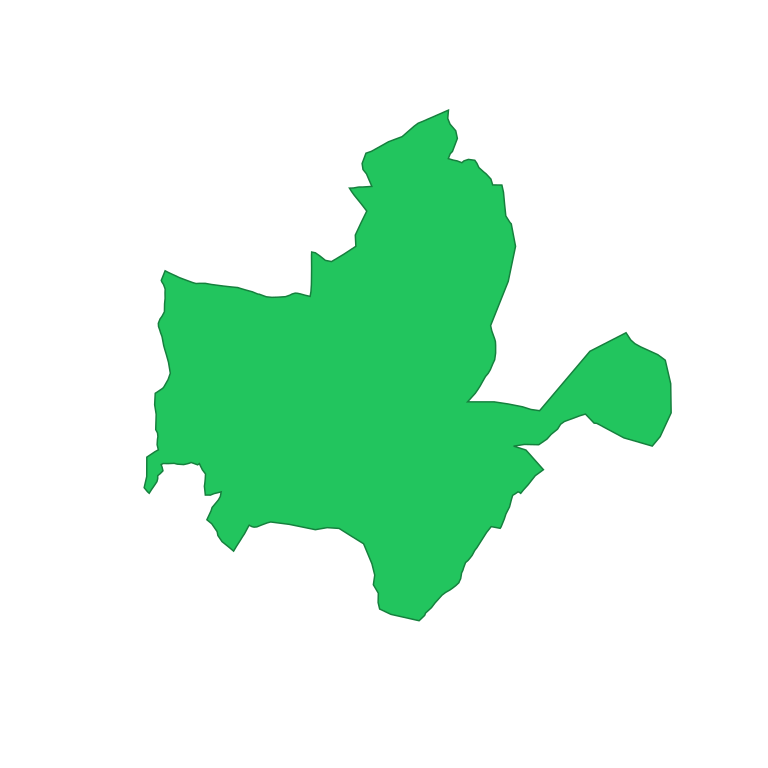 outline of Ahiazu-Mbaise, Imo, Nigeria, rotated 134°
{"feature_id": "59680162B56887411771488", "entity_name": "Ahiazu-Mbaise", "entity_type": "district", "adm_level": 2, "iso_a3": "NGA", "parent_name": "Nigeria", "parent_adm1": "Imo", "projection": "albers", "projection_center": [7.273, 5.552], "detail": "fine", "context": "isolated", "style": "filled", "palette": "green", "viewbox_px": 768, "rotation_deg": 134, "n_neighbors": 0, "source": "geoboundaries", "source_scale": "gbopen_adm2", "svg_char_len": 3687}
<svg xmlns="http://www.w3.org/2000/svg" viewBox="0 0 768 768"><g transform="rotate(134 384 384)"><path d="M168.9,538.9L172.7,540.6L177.6,541.4L193.5,542.8L206.5,549.0L225.4,554.7L230.5,557.3L240.6,552.9L244.3,548.1L245.0,542.6L250.3,530.0L256.7,535.8L260.0,539.1L264.3,542.2L267.1,544.9L268.1,540.9L268.9,536.5L270.3,525.1L271.6,516.5L284.3,512.4L296.8,508.1L304.5,499.9L318.7,503.1L332.4,506.8L335.8,512.1L336.4,518.9L337.3,524.5L339.3,527.7L341.8,525.5L350.9,516.6L358.4,509.5L363.0,505.2L368.2,500.8L372.3,498.0L375.0,502.5L377.2,506.6L378.8,509.2L380.3,511.0L383.2,512.7L385.2,513.3L389.6,515.5L395.1,520.5L399.6,524.9L403.0,529.2L406.1,536.2L406.9,537.1L409.1,542.7L412.5,548.9L415.1,553.9L416.2,556.2L420.2,561.2L425.2,567.7L432.3,577.3L435.7,582.4L439.5,586.4L442.3,589.0L443.9,592.0L444.9,594.3L447.2,599.5L449.6,605.1L453.5,616.4L454.6,620.1L464.2,616.2L464.9,614.6L465.6,611.7L467.7,607.4L470.6,604.8L474.5,600.9L478.8,597.5L484.6,592.1L486.1,591.7L489.6,590.7L492.7,590.3L497.1,588.5L499.3,586.1L501.1,582.5L502.3,580.4L504.1,576.6L505.8,574.2L509.3,569.3L511.2,566.1L514.1,560.9L518.1,554.1L524.7,545.2L530.8,542.4L539.0,540.3L540.9,540.2L549.6,542.1L558.2,534.6L564.1,526.8L575.4,516.5L576.5,513.0L578.9,510.1L581.2,508.5L585.3,505.0L588.1,500.6L591.7,501.7L601.4,503.8L615.4,490.4L625.2,484.5L625.8,479.3L625.7,477.0L622.3,477.7L621.9,477.8L618.2,478.4L615.2,478.9L612.0,479.5L609.3,481.0L607.1,483.1L603.9,482.7L600.0,482.7L598.0,485.8L596.8,488.3L594.7,487.7L590.9,483.7L586.8,479.8L585.3,477.1L581.1,472.1L577.4,469.7L575.6,468.7L574.5,468.3L573.5,466.2L571.6,461.9L569.5,461.5L570.6,458.7L571.9,455.0L572.7,449.9L576.5,446.6L579.9,443.9L582.3,442.2L585.2,438.7L588.0,435.4L584.5,431.7L580.9,430.1L577.6,428.0L574.7,426.2L578.6,423.6L582.4,422.6L586.4,422.3L592.2,421.9L595.4,420.3L604.7,417.1L604.2,410.8L606.1,401.5L608.4,398.2L609.9,391.0L609.2,383.3L608.7,376.1L603.1,377.4L596.1,378.8L592.5,379.6L588.7,380.3L580.2,382.7L579.2,382.9L578.9,381.7L578.3,379.8L577.2,378.0L575.1,376.2L570.4,374.1L565.0,371.5L562.0,369.7L550.8,354.7L536.5,332.2L526.8,325.1L519.1,316.0L516.5,303.5L513.1,287.7L521.7,267.8L527.9,257.9L535.8,252.2L538.4,242.8L545.3,236.4L548.9,230.8L544.9,219.0L529.9,194.3L525.0,194.1L522.2,194.0L519.9,195.0L511.9,194.5L506.2,195.2L500.7,195.4L495.6,195.6L491.1,194.9L486.4,193.5L483.3,192.9L479.2,192.3L474.9,192.1L473.5,192.7L470.8,193.6L467.6,195.8L466.1,196.9L463.4,197.8L460.6,199.2L455.8,201.3L452.5,201.0L449.2,201.2L445.9,201.6L440.7,203.1L437.1,203.5L419.5,207.1L412.1,207.8L407.1,200.2L405.5,200.5L397.5,203.7L392.8,206.0L385.3,208.3L378.2,212.3L374.7,214.1L371.7,213.3L368.5,212.7L367.9,211.3L367.7,209.7L363.3,210.1L356.7,210.3L344.9,211.5L334.9,209.8L332.9,236.0L338.7,247.6L330.0,241.1L320.2,230.5L310.3,228.5L304.2,228.8L295.9,227.8L290.3,229.0L285.7,228.2L270.7,221.0L265.7,218.2L266.2,205.7L264.5,203.6L256.1,174.0L242.3,147.9L230.0,148.8L205.3,157.4L184.6,178.0L171.5,198.2L172.7,207.4L179.0,225.2L180.7,231.5L180.9,237.2L179.0,245.5L217.4,258.6L295.1,253.5L300.3,260.7L304.1,268.4L312.1,280.8L320.3,292.3L338.8,311.5L327.2,311.9L322.4,312.7L318.5,313.5L314.8,314.5L310.5,315.6L308.1,316.2L303.7,316.5L299.7,317.5L293.8,319.8L289.7,321.2L284.2,325.2L278.6,330.6L276.1,333.3L274.7,335.7L270.9,343.4L267.9,347.9L223.9,365.9L193.6,385.0L180.4,403.7L180.3,405.6L178.5,413.1L171.2,421.8L163.1,431.2L159.0,437.4L165.3,444.1L162.3,449.5L161.9,456.5L162.2,459.7L162.4,466.1L160.7,470.5L160.0,474.1L163.8,479.3L168.0,481.5L170.7,481.7L172.7,486.4L174.2,488.7L174.9,489.8L177.2,494.3L172.4,496.3L169.2,496.3L156.4,501.8L152.0,508.3L151.2,517.0L148.7,522.6L142.2,527.9L168.9,538.9Z" fill="#22c55e" stroke="#15803d" stroke-width="1.5"/></g></svg>